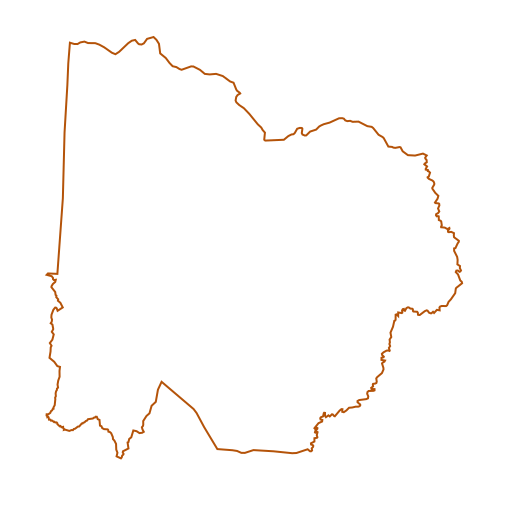 outline of Tan Chau, Tây Ninh, Vietnam, rotated 4°
{"feature_id": "81297802B68440719308655", "entity_name": "Tan Chau", "entity_type": "district", "adm_level": 2, "iso_a3": "VNM", "parent_name": "Vietnam", "parent_adm1": "Tây Ninh", "projection": "robinson", "projection_center": [106.277, 11.58], "detail": "fine", "context": "isolated", "style": "outline", "palette": "amber", "viewbox_px": 512, "rotation_deg": 4, "n_neighbors": 0, "source": "geoboundaries", "source_scale": "gbopen_adm2", "svg_char_len": 6001}
<svg xmlns="http://www.w3.org/2000/svg" viewBox="0 0 512 512"><g transform="rotate(4 256 256)"><path d="M391.1,360.3L390.9,358.7L389.2,354.4L389.6,353.7L391.5,352.4L392.0,351.3L388.4,350.9L388.3,348.7L390.3,348.1L390.5,347.5L388.7,345.9L388.4,344.8L389.9,343.2L392.8,341.3L394.5,341.0L395.8,341.4L396.0,341.1L395.0,338.4L396.1,336.5L395.2,334.5L395.6,332.8L395.1,330.0L396.6,327.4L395.5,323.1L397.6,317.0L398.5,311.0L399.4,310.6L399.7,309.8L399.4,304.8L400.3,304.4L402.0,305.9L401.8,302.4L405.4,302.8L405.9,302.3L405.5,300.1L406.1,298.8L407.1,298.5L407.3,299.9L408.4,300.3L409.7,297.5L410.9,296.7L411.9,296.6L413.7,297.7L415.6,297.7L416.2,298.2L416.4,299.9L416.9,300.4L420.7,300.4L421.4,301.3L421.7,303.3L422.8,303.5L423.5,303.4L428.3,299.2L430.1,298.3L431.0,298.6L432.6,300.5L434.4,301.0L435.0,300.9L436.5,299.3L437.6,300.4L440.2,297.1L443.0,297.4L442.6,294.5L443.2,293.6L444.7,292.9L449.1,292.7L450.1,291.8L451.3,288.3L453.4,285.7L457.3,279.2L457.6,274.6L458.0,273.8L463.5,268.8L463.0,267.3L461.5,266.2L458.8,260.3L456.4,258.1L456.9,256.6L458.3,256.4L460.1,257.6L460.9,257.2L461.5,256.1L460.2,253.9L460.2,251.8L457.5,250.3L457.4,245.8L456.7,242.8L453.3,237.1L453.1,234.6L454.4,234.2L456.3,229.3L457.3,227.7L457.3,226.7L452.3,223.5L451.9,221.8L451.9,219.4L449.1,218.3L446.7,218.8L445.9,218.5L445.7,217.4L447.1,215.3L446.9,214.6L445.1,215.8L442.3,214.5L438.7,214.4L438.6,213.7L439.2,212.4L438.4,208.8L437.8,208.0L435.9,207.4L435.5,203.7L434.7,203.5L433.5,203.8L432.7,202.8L432.8,201.7L434.7,200.4L435.7,198.8L434.3,195.9L435.4,192.7L435.1,191.2L434.6,190.8L431.3,190.7L430.8,190.2L433.1,186.2L433.7,183.3L430.5,180.6L427.2,176.5L427.1,175.7L428.8,172.3L428.8,171.1L428.0,169.4L426.7,168.4L423.1,167.0L421.7,165.8L421.7,165.4L422.8,164.7L423.8,160.7L422.7,159.7L421.5,159.3L421.5,158.3L419.3,158.0L419.2,157.3L420.4,154.7L417.5,152.8L417.8,152.1L419.8,150.6L419.5,148.4L418.1,146.9L417.9,146.1L419.3,143.8L415.4,142.2L407.7,144.7L400.5,144.8L395.0,141.3L392.6,137.5L391.6,137.3L387.5,138.4L385.5,138.3L384.2,137.7L380.4,137.6L375.2,129.5L374.0,128.5L369.8,126.5L364.0,120.2L362.4,119.1L358.0,118.7L348.9,114.8L343.0,115.4L340.5,114.6L337.7,115.1L335.6,114.5L334.1,112.9L332.5,112.5L329.3,112.8L320.1,117.8L314.4,119.8L311.8,121.2L310.0,122.4L307.2,125.7L301.3,128.1L297.7,132.2L296.3,132.4L293.9,131.6L293.1,130.2L293.4,125.9L293.1,125.3L292.3,125.1L290.6,125.2L288.2,126.2L286.1,130.6L284.9,131.9L282.9,132.3L279.9,134.1L275.7,138.1L257.4,140.2L256.5,139.9L256.1,139.2L256.3,132.3L253.8,129.8L252.3,127.5L248.6,124.5L239.5,114.8L233.6,109.4L228.9,106.7L225.7,104.1L224.8,102.3L225.2,98.7L226.4,96.7L228.9,95.0L228.4,94.3L225.6,92.5L224.7,91.3L221.5,84.7L218.0,83.7L210.3,78.8L203.5,77.1L197.1,78.1L192.2,77.9L187.1,74.2L180.3,71.3L178.0,71.4L168.8,75.4L166.6,74.8L163.4,73.1L159.6,72.5L156.3,69.5L152.2,64.8L146.3,60.6L144.4,51.1L141.6,47.3L138.5,44.7L132.2,47.0L129.3,51.7L127.1,53.0L124.6,52.9L123.5,52.2L120.4,48.9L117.1,49.9L113.7,52.6L105.2,61.9L101.7,64.5L98.1,63.3L90.0,58.4L85.0,56.1L80.9,54.9L73.6,55.3L69.9,54.1L65.8,55.2L63.2,57.0L59.9,57.2L55.5,56.2L55.3,76.9L55.9,99.0L56.4,146.2L59.3,211.9L59.1,287.7L49.7,287.9L48.5,289.4L53.6,290.4L55.0,292.0L55.1,293.2L56.1,294.1L57.9,293.7L57.5,295.9L55.3,298.1L54.1,300.5L54.1,301.4L58.2,305.9L58.8,308.8L59.7,309.5L59.6,311.0L61.7,313.0L61.5,314.4L64.1,316.3L66.8,320.8L61.9,324.5L60.8,322.0L59.9,321.4L59.2,321.5L57.6,323.8L56.1,328.9L56.1,331.6L57.0,333.8L56.8,335.9L55.9,337.4L57.7,338.6L58.7,342.4L58.8,343.2L57.6,345.9L59.7,348.3L58.7,353.7L56.4,357.2L58.3,359.8L57.6,361.4L57.7,365.6L57.1,372.0L62.1,375.6L65.5,379.7L68.2,380.3L68.0,384.4L68.5,390.2L67.4,394.1L67.0,398.1L67.7,401.1L66.7,402.2L66.7,403.6L66.0,404.9L65.7,406.9L66.1,409.8L65.5,411.4L65.8,412.8L65.6,418.9L64.5,421.3L64.7,422.5L63.9,422.8L63.4,424.2L62.3,425.1L61.7,426.9L59.8,428.4L58.2,428.5L58.2,429.8L59.0,430.4L59.1,431.3L59.9,430.9L60.4,431.5L60.9,433.7L62.4,433.6L63.0,434.6L64.2,434.4L66.0,435.7L66.4,435.4L67.4,436.1L68.7,435.9L69.5,436.7L69.6,437.6L72.1,439.6L72.8,439.2L73.9,440.4L75.5,439.9L75.8,441.5L76.9,442.1L76.7,442.8L77.5,442.5L82.0,443.5L84.1,442.5L85.5,442.5L86.3,441.3L87.6,440.9L90.2,438.6L91.5,438.4L93.9,435.2L94.7,435.2L95.1,434.5L96.5,433.9L97.7,432.5L99.0,431.9L99.8,430.5L104.6,429.5L105.5,428.6L106.6,428.4L107.2,427.5L108.4,427.5L109.5,429.8L111.3,430.4L112.2,436.1L113.7,436.6L114.6,438.4L116.5,439.3L120.1,439.3L120.7,439.9L121.0,441.5L122.7,441.9L123.9,442.9L125.8,446.6L126.1,448.6L127.6,450.0L129.5,453.2L130.1,458.9L131.5,461.9L130.9,465.6L135.4,467.3L136.1,466.3L136.4,464.5L137.6,463.2L137.6,462.4L136.8,461.4L136.9,460.1L142.2,456.9L140.9,451.0L141.7,450.6L142.3,447.3L144.2,445.6L145.8,438.6L149.1,439.1L152.1,440.8L154.7,440.3L156.3,439.2L154.9,437.0L154.1,434.8L155.1,433.4L155.3,432.2L155.0,428.5L157.9,423.2L160.7,420.4L162.3,412.7L166.2,408.5L167.5,396.2L170.6,388.1L204.4,413.0L207.7,416.8L216.2,430.3L230.9,451.3L246.0,451.4L250.7,451.8L255.1,453.4L258.6,453.2L267.0,449.8L287.1,449.6L305.9,450.2L310.1,449.7L321.0,445.2L323.5,447.0L324.5,447.0L325.5,446.1L325.0,444.0L326.2,442.5L326.4,441.4L326.0,440.8L324.1,440.2L323.9,439.0L327.2,437.0L327.0,433.7L329.5,433.1L329.9,432.5L329.1,430.5L329.7,427.4L328.9,427.0L327.5,428.1L327.1,427.8L327.4,426.3L329.2,424.2L329.3,423.4L328.7,423.1L326.9,424.3L326.3,423.7L330.0,418.4L333.5,416.5L333.6,414.9L331.8,414.6L331.4,413.3L331.9,412.4L334.1,411.3L334.6,408.0L334.9,407.6L335.8,407.7L336.0,410.6L337.0,411.9L339.4,409.9L340.8,410.9L342.8,408.6L343.6,408.7L345.1,410.2L345.8,410.4L350.2,404.4L351.9,402.8L352.9,402.8L352.9,405.4L354.5,405.7L356.9,403.8L359.4,400.9L362.6,400.4L366.1,399.3L368.4,399.2L369.8,398.6L370.4,397.8L370.3,396.9L367.5,394.8L367.4,393.6L369.0,392.5L375.9,391.1L377.6,390.2L377.8,388.2L376.5,385.7L376.7,383.9L377.8,382.8L382.6,382.3L383.6,381.8L383.5,380.5L380.5,380.6L380.1,379.5L381.9,377.9L381.5,376.3L381.7,375.4L383.9,374.9L384.9,374.3L385.2,372.9L384.5,369.7L385.4,368.3L389.8,364.0L391.1,360.3Z" fill="none" stroke="#b45309" stroke-width="2"/></g></svg>